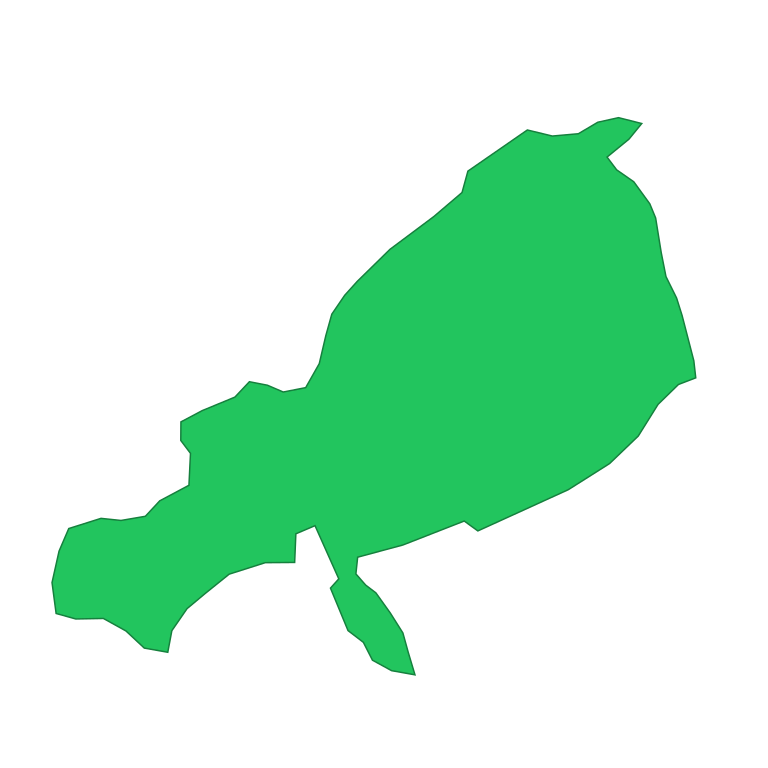 Yeongdo-gu, South Korea (Equal Earth projection), rotated 96°
{"feature_id": "91817680B63526671374694", "entity_name": "Yeongdo-gu", "entity_type": "district", "adm_level": 2, "iso_a3": "KOR", "parent_name": "South Korea", "parent_adm1": "", "projection": "equal_earth", "projection_center": [129.069, 35.076], "detail": "fine", "context": "isolated", "style": "filled", "palette": "green", "viewbox_px": 768, "rotation_deg": 96, "n_neighbors": 0, "source": "geoboundaries", "source_scale": "gbopen_adm2", "svg_char_len": 1136}
<svg xmlns="http://www.w3.org/2000/svg" viewBox="0 0 768 768"><g transform="rotate(96 384 384)"><path d="M249.4,392.1L284.7,421.3L299.8,432.3L320.0,443.2L341.9,446.9L370.5,450.5L395.8,461.5L402.5,483.4L397.4,499.8L395.8,518.1L412.6,530.9L429.4,561.9L442.9,582.0L461.4,580.2L473.2,569.2L505.1,567.4L523.6,594.8L540.5,607.5L547.2,631.3L547.2,651.4L560.7,682.4L584.2,689.7L616.2,693.4L646.5,686.1L649.9,666.0L646.5,638.6L656.6,614.8L671.7,594.8L673.4,571.0L651.5,569.2L628.0,556.4L611.1,540.0L589.3,518.1L574.1,483.4L570.8,454.2L542.2,456.0L532.1,437.8L582.5,408.6L592.6,415.9L633.0,394.0L643.1,377.5L659.9,366.6L668.3,346.5L670.0,322.8L648.2,331.9L629.6,339.2L611.1,353.8L592.6,370.2L585.9,381.2L575.8,392.1L559.0,392.1L542.1,348.3L511.9,289.9L520.3,275.3L469.8,189.6L439.5,151.3L409.2,125.7L375.6,109.3L353.7,91.1L345.3,74.6L328.5,78.3L284.7,94.7L267.9,102.0L247.7,114.8L224.1,122.1L190.5,131.2L177.0,138.5L156.8,156.7L146.7,175.0L135.0,185.9L114.8,165.9L98.0,154.9L94.6,178.6L101.3,198.7L114.8,216.9L119.8,242.5L116.4,268.0L163.5,322.8L185.4,326.4L212.3,352.0L249.4,392.1Z" fill="#22c55e" stroke="#15803d" stroke-width="1.5"/></g></svg>